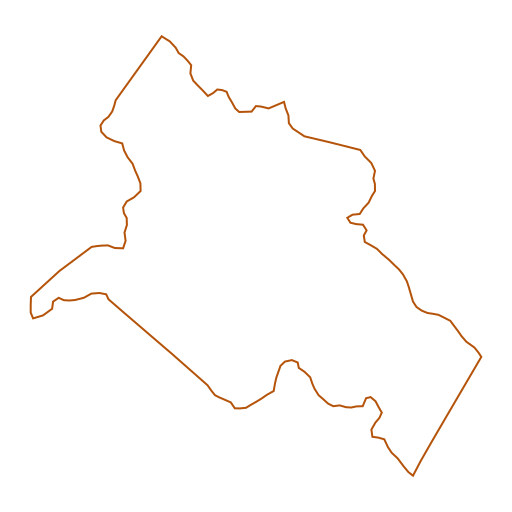 outline of Tubarão, Santa Catarina, Brazil
{"feature_id": "56859067B23509848673749", "entity_name": "Tubarão", "entity_type": "district", "adm_level": 2, "iso_a3": "BRA", "parent_name": "Brazil", "parent_adm1": "Santa Catarina", "projection": "robinson", "projection_center": [-49.037, -28.479], "detail": "fine", "context": "isolated", "style": "outline", "palette": "amber", "viewbox_px": 512, "rotation_deg": 0, "n_neighbors": 0, "source": "geoboundaries", "source_scale": "gbopen_adm2", "svg_char_len": 2289}
<svg xmlns="http://www.w3.org/2000/svg" viewBox="0 0 512 512"><path d="M360.3,150.0L330.6,142.5L304.4,136.3L292.7,128.5L288.9,123.2L288.4,115.4L285.6,108.2L284.0,101.9L277.0,104.9L268.6,108.4L260.7,106.5L255.9,106.1L251.6,111.6L239.2,112.0L235.3,108.5L232.1,102.6L228.7,96.9L226.6,91.8L222.2,90.1L217.3,89.5L213.2,93.0L207.9,96.0L202.3,90.0L197.5,85.2L193.2,80.6L190.4,73.4L191.2,65.2L187.5,60.6L183.5,56.4L178.7,53.1L175.7,47.7L169.8,41.4L161.6,36.3L115.7,100.2L114.2,105.8L112.2,111.5L108.4,116.9L103.8,120.4L100.5,125.5L101.3,131.8L106.6,137.4L114.3,141.1L122.2,143.4L124.1,150.5L127.7,157.4L132.5,163.6L135.3,171.0L137.8,176.5L140.4,183.3L140.6,191.0L134.0,197.3L126.7,201.5L123.1,207.5L123.9,213.1L126.7,218.0L126.9,225.0L124.5,232.6L125.6,240.8L123.1,248.3L114.8,248.0L107.9,245.4L102.1,245.6L97.5,246.0L91.6,246.9L59.4,271.0L31.0,296.9L30.7,305.2L30.7,312.6L33.1,318.4L43.0,315.4L52.1,308.8L53.1,301.6L58.7,297.8L63.9,300.2L69.4,300.5L75.1,300.0L83.8,297.8L91.4,293.6L99.4,293.0L106.2,294.3L108.5,299.3L122.7,311.6L149.0,334.2L166.6,349.3L170.6,352.7L207.5,385.2L211.7,391.1L215.0,395.2L219.3,397.4L224.2,399.5L230.8,402.4L234.8,408.3L239.9,408.4L246.0,407.8L250.4,405.1L256.2,401.8L261.0,398.9L267.1,394.7L273.7,391.0L275.0,383.4L276.4,377.4L280.5,365.8L284.9,361.6L291.9,360.1L297.7,362.5L298.8,367.9L304.4,371.7L310.2,377.3L312.3,383.6L314.5,388.7L318.6,395.2L322.9,398.9L328.2,403.7L333.3,406.2L339.7,405.4L346.0,407.2L351.3,407.5L356.4,406.4L362.7,406.2L366.1,398.2L370.6,397.1L375.5,401.2L378.5,406.9L381.8,412.6L379.4,417.9L375.4,422.6L371.4,429.6L372.4,436.8L378.2,437.6L384.3,439.3L387.8,446.9L391.7,452.8L397.7,458.4L403.5,466.2L408.4,472.1L413.0,475.7L420.8,460.8L432.2,440.9L445.2,418.6L481.3,356.9L478.5,352.6L474.5,347.6L466.3,341.7L461.4,336.0L458.1,331.2L454.1,325.9L450.3,320.8L444.2,317.7L438.4,314.8L432.3,313.7L427.5,313.0L421.7,310.6L416.5,307.0L413.0,301.6L410.5,293.0L408.9,287.4L406.9,281.4L402.9,274.3L398.8,269.2L394.0,264.7L389.1,259.9L382.1,254.0L377.0,248.9L370.9,245.3L364.8,242.0L363.8,235.5L366.6,230.4L363.0,224.7L356.1,224.1L350.4,222.7L347.3,217.8L352.5,214.7L359.7,214.0L363.3,208.4L368.6,202.7L371.8,196.1L375.0,191.0L374.9,183.9L373.4,178.6L375.0,170.8L371.3,163.0L364.8,156.5L360.3,150.0Z" fill="none" stroke="#b45309" stroke-width="2"/></svg>